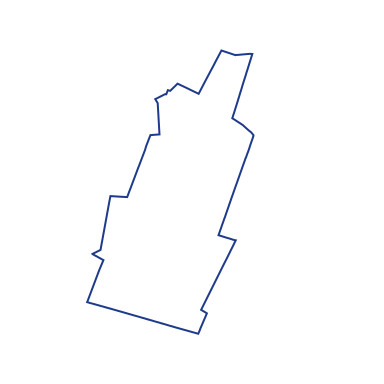 the district of Tomnatic, Timis, Romania, rotated 302°
{"feature_id": "2599482B78622913226353", "entity_name": "Tomnatic", "entity_type": "district", "adm_level": 2, "iso_a3": "ROU", "parent_name": "Romania", "parent_adm1": "Timis", "projection": "robinson", "projection_center": [20.694, 45.986], "detail": "fine", "context": "isolated", "style": "outline", "palette": "blue", "viewbox_px": 384, "rotation_deg": 302, "n_neighbors": 0, "source": "geoboundaries", "source_scale": "gbopen_adm2", "svg_char_len": 1981}
<svg xmlns="http://www.w3.org/2000/svg" viewBox="0 0 384 384"><g transform="rotate(302 192 192)"><path d="M271.8,214.5L271.8,214.4L272.8,214.0L273.0,213.2L273.2,212.8L273.7,211.4L274.0,210.1L274.3,207.4L274.8,204.4L275.3,201.7L275.7,199.6L275.7,199.1L275.8,196.0L275.8,192.8L275.9,190.4L275.9,187.1L277.0,186.8L282.2,185.5L288.0,184.0L293.7,182.5L298.9,181.1L301.0,180.5L303.8,179.8L306.1,179.2L308.5,178.5L311.5,177.7L315.1,176.8L319.0,175.8L322.3,174.9L325.5,174.1L332.7,172.2L339.2,170.5L341.0,170.0L340.4,168.9L339.8,167.8L335.6,162.2L331.8,157.2L331.6,156.6L331.4,156.4L331.0,156.2L330.7,154.8L330.6,154.4L329.3,149.0L327.6,142.0L316.0,142.8L310.0,143.3L308.6,143.4L306.9,143.5L294.2,144.4L285.2,145.1L278.8,145.6L277.9,137.4L277.4,132.5L276.9,128.2L276.2,122.3L273.9,121.8L266.2,119.9L265.6,117.6L262.7,118.1L261.4,118.4L261.2,118.4L261.0,118.1L260.9,117.8L260.8,117.4L251.3,111.6L249.2,115.8L239.9,122.4L223.6,133.9L220.0,129.0L218.2,126.6L210.3,128.1L206.7,128.8L202.7,129.9L196.6,131.1L185.6,133.3L185.3,133.3L161.5,138.1L158.3,138.7L155.6,139.3L153.3,139.7L145.3,125.0L140.5,126.8L114.6,137.1L94.4,145.1L86.7,140.4L86.6,140.6L87.3,153.0L76.7,154.7L43.0,161.5L51.0,188.6L57.1,209.9L68.8,251.0L72.9,264.9L75.1,272.4L78.6,271.9L79.8,271.6L82.9,271.1L85.0,270.8L89.3,270.1L94.7,269.3L97.0,268.9L97.0,268.3L97.0,266.9L96.9,262.2L145.2,257.5L146.4,257.4L148.3,257.2L153.2,256.8L156.3,256.5L160.4,256.1L163.1,255.8L167.4,255.4L168.5,255.3L172.1,254.9L174.2,254.7L173.6,253.2L172.3,248.1L171.3,244.6L170.1,239.9L169.4,237.4L175.1,236.1L177.4,235.6L179.4,235.1L182.2,234.5L184.2,234.1L185.2,233.8L188.3,233.2L193.4,232.0L198.3,230.9L201.2,230.2L204.9,229.4L205.6,229.2L208.2,228.6L211.0,228.0L213.2,227.5L217.6,226.5L220.8,225.8L223.2,225.3L229.4,223.9L235.2,222.6L235.7,222.5L241.9,221.1L246.6,220.1L249.1,219.5L249.9,219.5L253.3,218.7L255.5,218.3L258.6,217.6L260.3,217.2L262.2,216.7L265.5,215.9L268.8,215.2L271.8,214.5Z" fill="none" stroke="#1e3a8a" stroke-width="2"/></g></svg>